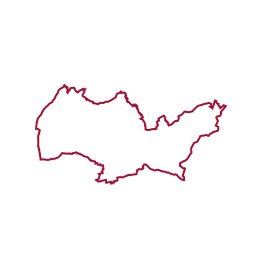 the district of Floresti, Mehedinti, Romania, rotated 133°
{"feature_id": "2599482B87855176216946", "entity_name": "Floresti", "entity_type": "district", "adm_level": 2, "iso_a3": "ROU", "parent_name": "Romania", "parent_adm1": "Mehedinti", "projection": "equal_earth", "projection_center": [22.911, 44.797], "detail": "fine", "context": "isolated", "style": "outline", "palette": "rose", "viewbox_px": 256, "rotation_deg": 133, "n_neighbors": 0, "source": "geoboundaries", "source_scale": "gbopen_adm2", "svg_char_len": 5854}
<svg xmlns="http://www.w3.org/2000/svg" viewBox="0 0 256 256"><g transform="rotate(133 128 128)"><path d="M188.2,155.1L187.2,153.9L186.1,152.9L186.2,152.5L185.0,151.4L184.9,151.1L183.7,151.1L183.0,150.3L182.3,150.1L181.3,149.4L180.9,148.7L180.8,148.0L181.1,147.7L180.4,147.1L180.1,146.4L180.2,146.0L179.8,145.5L179.9,145.3L179.3,144.1L178.7,141.3L178.2,140.0L177.4,138.7L177.1,137.6L176.9,137.2L176.8,136.8L177.1,135.9L177.1,135.3L177.4,134.6L176.8,133.6L177.3,132.8L175.0,129.5L175.2,128.8L176.3,127.6L174.5,126.6L175.2,125.4L175.3,124.7L174.9,124.2L173.4,123.5L173.5,123.0L173.9,122.1L172.4,120.9L174.4,118.2L174.9,118.4L175.3,117.9L176.3,117.9L177.2,117.6L177.5,117.2L177.4,116.7L178.5,115.7L179.8,117.2L180.4,117.2L181.5,117.8L181.4,116.7L182.4,116.3L184.7,114.9L186.3,114.8L186.6,114.9L187.4,115.8L187.8,115.9L187.6,114.9L187.6,113.8L187.5,113.2L187.0,112.7L186.2,112.3L185.3,111.4L184.9,111.4L180.9,108.6L182.9,106.7L179.0,103.6L180.1,102.5L179.2,101.7L178.7,102.3L177.2,101.0L176.7,102.0L173.6,99.9L171.6,102.0L170.3,101.0L169.5,100.5L168.3,99.0L168.2,98.5L163.5,96.2L163.1,95.9L162.4,95.7L162.3,95.9L162.2,95.9L161.8,95.5L161.7,95.1L161.2,94.6L156.0,90.4L152.5,92.5L151.9,92.0L151.3,92.0L150.9,92.2L149.4,90.2L148.7,90.1L147.5,89.3L147.0,89.3L146.8,89.5L146.6,89.8L146.5,90.7L146.1,90.9L143.7,91.3L143.1,90.9L142.5,89.2L142.4,87.9L142.7,84.2L142.4,82.9L142.0,82.1L141.4,81.2L141.3,80.5L140.9,79.7L139.8,78.8L138.6,78.2L137.9,77.1L137.7,76.8L137.7,76.4L136.3,73.3L134.8,71.1L134.1,69.1L133.2,68.4L132.8,67.4L132.6,66.3L130.7,62.3L129.6,61.8L129.4,61.6L129.0,60.1L129.2,59.0L129.4,58.2L129.3,57.2L129.4,56.3L129.1,53.7L128.6,53.1L128.5,52.7L128.6,52.3L127.8,51.5L127.5,51.9L126.1,53.1L125.6,53.8L125.5,54.3L125.6,55.4L118.7,58.7L118.7,59.0L119.7,60.1L120.0,60.9L120.0,63.2L119.9,63.7L120.2,64.0L119.6,64.4L119.4,65.3L118.1,65.9L117.1,65.7L116.6,65.2L114.6,64.8L112.6,63.8L110.2,63.5L108.7,63.9L106.8,64.0L106.3,64.3L105.4,64.5L102.9,64.7L100.2,67.6L99.2,68.2L95.6,69.0L94.0,69.5L93.4,69.4L91.9,68.4L90.6,68.1L87.0,68.8L85.0,69.4L84.6,69.6L79.6,65.8L79.1,64.1L78.8,63.7L76.5,63.9L74.2,63.1L72.6,62.9L70.6,61.4L68.3,60.5L66.2,62.1L65.7,63.1L66.4,65.4L61.6,67.0L60.2,70.5L59.2,70.9L56.6,69.1L55.8,69.0L53.9,69.7L53.5,70.7L52.3,71.1L47.4,71.2L45.3,71.4L46.1,73.5L48.0,73.6L48.5,74.1L48.9,74.1L50.0,73.9L50.5,74.0L50.4,74.7L50.0,75.0L50.0,76.0L49.7,76.8L49.5,77.7L48.7,78.1L49.3,79.7L48.8,80.7L48.8,81.4L48.1,81.8L48.3,82.2L48.2,82.6L48.5,83.1L49.9,82.6L52.1,81.3L56.1,79.7L56.4,82.2L55.9,81.8L54.9,82.3L53.7,83.8L54.8,86.3L56.5,87.1L57.5,88.1L61.9,90.5L63.9,91.8L64.5,92.0L70.0,92.4L71.9,92.3L73.8,93.5L75.1,94.5L76.2,95.8L76.8,97.4L77.8,97.8L82.0,97.8L83.2,98.3L83.9,98.9L84.4,99.0L85.1,99.0L85.5,98.6L85.9,97.8L86.5,97.3L87.9,96.7L88.8,96.6L89.4,96.8L90.2,97.7L90.8,98.2L91.6,98.4L92.6,98.3L93.3,98.6L94.8,98.4L97.6,99.3L97.6,100.0L98.3,100.2L97.1,102.1L97.3,102.5L97.2,102.7L96.6,103.4L97.0,104.0L96.7,104.6L97.0,105.1L96.7,105.7L97.0,105.9L96.9,106.2L95.7,107.3L94.5,109.5L94.5,110.0L94.8,110.4L96.3,110.8L99.2,111.8L100.5,112.0L101.0,110.9L101.3,110.9L101.5,110.4L102.8,111.0L103.9,110.9L105.1,109.2L105.4,108.1L105.7,108.1L106.7,107.8L107.4,108.1L107.8,108.0L109.1,107.3L108.9,107.0L109.3,106.7L110.0,107.4L110.3,107.4L111.7,109.0L112.4,109.4L113.2,110.2L114.2,110.6L116.0,112.1L116.4,113.0L117.1,114.1L115.6,115.5L115.0,116.3L114.8,117.1L113.9,117.6L112.6,119.9L111.8,123.7L112.8,124.9L112.7,125.2L110.0,124.5L109.1,126.6L109.4,127.1L109.2,127.7L109.7,127.8L109.6,128.3L109.0,128.3L108.9,128.9L108.9,129.3L109.3,129.9L109.0,131.5L107.9,132.8L107.8,133.2L107.6,134.1L107.7,134.4L107.3,135.5L107.0,135.9L106.5,136.0L106.4,135.7L106.2,136.0L105.7,136.1L105.7,137.9L106.3,137.6L106.9,137.6L107.2,137.9L107.2,138.2L107.0,138.6L107.1,139.0L106.8,139.5L106.8,139.8L107.1,139.9L107.8,139.8L108.3,139.4L108.8,139.4L108.8,140.5L108.7,141.0L108.7,143.7L108.4,145.6L109.3,146.1L108.7,147.7L106.9,148.2L106.7,149.3L107.0,149.4L107.2,149.2L107.7,149.3L107.8,149.5L107.3,150.7L106.8,151.6L106.3,151.4L105.7,151.4L105.3,152.3L104.7,152.9L104.9,153.5L104.4,154.3L105.0,155.4L105.5,155.7L107.1,156.9L106.3,158.0L108.6,158.3L110.3,159.3L111.2,159.2L112.3,158.6L114.1,157.9L118.1,159.1L118.6,159.1L122.3,160.4L123.7,161.9L124.2,162.3L126.1,162.9L127.1,163.6L127.6,164.5L128.5,165.5L130.9,166.1L130.9,166.5L131.3,166.8L132.6,169.1L133.6,170.4L132.7,171.1L133.0,172.1L133.3,172.8L133.9,173.3L134.4,174.9L134.3,175.2L134.6,177.5L135.7,177.3L135.7,177.9L135.2,178.8L135.0,178.1L134.8,178.2L135.0,179.6L134.9,180.2L135.3,181.7L135.5,182.2L135.6,183.0L135.2,183.5L134.6,183.8L131.9,184.4L130.1,185.4L128.9,185.7L130.0,186.8L129.8,186.8L129.6,187.3L130.0,187.5L131.1,187.3L131.4,188.1L132.2,188.2L133.4,188.7L134.5,188.9L136.1,189.0L136.1,189.5L136.4,189.8L136.6,190.6L136.4,192.2L135.3,194.8L137.6,196.9L138.4,197.2L139.8,196.7L140.8,196.4L141.1,196.7L142.7,196.5L143.4,196.2L143.2,197.2L140.9,197.7L141.2,198.4L140.2,199.3L140.7,200.0L140.4,200.4L139.7,200.4L139.8,200.9L140.5,201.4L140.5,201.8L140.1,202.0L139.9,202.3L140.1,203.8L140.4,203.8L140.7,203.3L141.1,203.2L141.8,203.2L143.2,203.4L144.2,203.9L145.7,204.3L147.3,204.5L148.5,204.1L149.9,203.3L151.3,203.2L154.7,202.5L156.6,201.6L158.7,201.7L160.8,201.1L163.7,202.0L166.0,202.0L168.7,202.3L172.7,202.2L174.0,201.7L175.6,201.4L177.1,200.8L181.2,200.6L182.9,200.4L183.2,200.0L185.9,198.7L191.3,194.7L190.5,193.8L190.1,193.1L189.9,190.9L192.3,189.6L192.9,188.9L193.5,189.1L194.3,188.7L195.4,188.0L196.4,187.1L199.4,184.1L202.4,181.5L202.7,180.6L203.1,180.5L203.9,179.3L204.1,178.5L204.4,178.4L207.6,174.1L207.8,174.1L208.3,173.6L209.2,171.8L210.1,171.1L210.7,170.5L210.0,169.6L208.3,168.2L206.6,165.5L205.6,164.5L204.1,163.5L202.8,163.0L201.1,161.1L198.7,159.7L197.2,159.1L195.3,158.8L191.2,159.0L190.2,157.3L189.7,156.8L189.2,156.3L188.7,155.5L188.2,155.1Z" fill="none" stroke="#9f1239" stroke-width="2"/></g></svg>